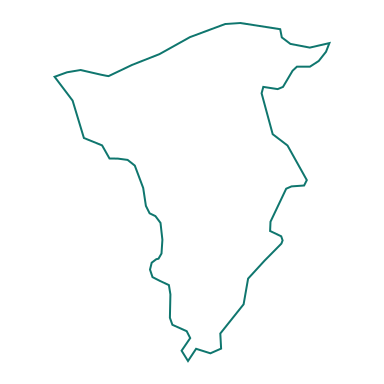 the district of Kupe-Manenguba, Sud-Ouest, Cameroon
{"feature_id": "32672807B45405319599490", "entity_name": "Kupe-Manenguba", "entity_type": "district", "adm_level": 2, "iso_a3": "CMR", "parent_name": "Cameroon", "parent_adm1": "Sud-Ouest", "projection": "mercator", "projection_center": [9.612, 5.042], "detail": "fine", "context": "isolated", "style": "outline", "palette": "teal", "viewbox_px": 384, "rotation_deg": 0, "n_neighbors": 0, "source": "geoboundaries", "source_scale": "gbopen_adm2", "svg_char_len": 972}
<svg xmlns="http://www.w3.org/2000/svg" viewBox="0 0 384 384"><path d="M309.9,66.7L318.7,61.0L326.0,51.8L329.4,43.1L309.8,47.6L290.4,43.9L281.8,37.4L280.2,29.2L240.2,23.0L225.2,24.0L190.0,37.1L159.5,54.1L132.1,64.9L108.6,76.1L106.5,75.8L101.0,74.7L80.5,70.0L67.0,72.3L54.6,76.8L72.6,100.6L83.9,138.0L102.1,145.4L109.5,158.5L117.8,158.6L127.6,159.9L134.8,165.6L143.2,188.0L145.9,205.9L149.6,213.3L155.4,216.1L160.5,222.9L162.4,239.8L161.5,253.5L158.5,258.7L156.3,259.2L151.7,262.7L150.0,269.6L152.5,277.1L160.3,281.1L168.9,285.1L170.4,294.4L169.9,317.8L172.4,324.8L186.7,331.2L190.2,338.1L181.6,350.7L188.0,361.0L196.1,348.8L210.4,353.3L221.1,348.6L220.3,333.5L243.6,304.3L248.1,278.6L264.6,260.6L281.4,243.6L282.6,240.4L281.2,236.3L270.1,231.0L270.5,221.7L286.2,188.7L291.5,186.4L304.1,185.5L306.8,180.1L287.5,145.5L272.7,134.2L265.5,107.7L261.6,93.3L263.3,86.9L277.7,89.1L283.0,86.9L292.6,70.7L296.9,66.7L309.9,66.7Z" fill="none" stroke="#0f766e" stroke-width="2"/></svg>